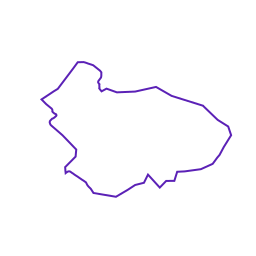 the district of Jargalant, Töv, Mongolia, rotated 139°
{"feature_id": "93677404B67634145299638", "entity_name": "Jargalant", "entity_type": "district", "adm_level": 2, "iso_a3": "MNG", "parent_name": "Mongolia", "parent_adm1": "Töv", "projection": "robinson", "projection_center": [105.903, 48.555], "detail": "fine", "context": "isolated", "style": "outline", "palette": "violet", "viewbox_px": 256, "rotation_deg": 139, "n_neighbors": 0, "source": "geoboundaries", "source_scale": "gbopen_adm2", "svg_char_len": 1788}
<svg xmlns="http://www.w3.org/2000/svg" viewBox="0 0 256 256"><g transform="rotate(139 128 128)"><path d="M174.5,206.3L174.1,199.8L172.9,192.6L173.1,191.6L173.3,191.1L173.7,190.7L174.0,190.4L174.3,190.0L174.3,189.0L174.0,187.0L173.4,186.0L173.3,185.4L173.5,184.8L173.8,184.4L174.4,184.2L174.8,184.3L175.2,184.2L175.9,184.2L176.7,184.2L177.6,184.3L178.5,184.5L179.2,184.8L180.3,184.7L181.7,184.6L182.5,184.4L183.1,183.9L183.5,183.5L183.7,183.1L183.8,182.7L184.1,182.1L184.3,181.5L184.3,180.4L182.2,165.6L181.2,145.7L186.3,140.8L201.1,139.7L203.2,136.9L204.6,134.9L204.3,134.9L204.0,134.8L203.5,134.8L202.8,134.7L202.1,134.6L201.4,134.3L201.0,134.0L200.8,133.8L200.4,133.4L200.2,132.9L200.1,132.5L199.8,131.3L199.6,130.4L199.3,129.6L199.0,128.0L198.6,126.6L198.3,125.5L198.1,124.9L197.9,124.3L197.8,123.7L197.6,123.0L197.4,122.1L197.0,120.7L196.7,119.4L196.1,117.4L195.8,116.2L195.5,114.9L195.4,114.5L195.7,113.4L196.0,112.2L196.2,111.1L196.2,109.1L196.1,108.3L196.0,107.1L196.0,106.3L196.7,101.6L182.2,84.0L168.7,81.5L160.0,80.3L151.9,76.2L143.5,79.7L143.1,62.2L133.9,63.0L127.7,57.7L119.6,62.7L113.6,58.0L100.0,49.1L87.6,45.4L80.0,47.1L76.6,47.6L68.2,50.8L54.9,54.9L51.4,63.4L55.0,75.3L56.8,95.3L56.7,95.4L56.7,95.5L74.0,123.6L79.9,140.6L98.7,150.8L113.0,162.2L118.4,171.8L123.9,173.0L123.8,175.9L123.6,177.0L123.2,177.2L122.7,177.5L122.4,178.1L122.1,178.5L121.6,179.1L121.3,179.5L121.1,179.7L120.8,179.8L120.8,180.7L120.7,181.8L120.4,182.3L119.7,182.8L118.5,183.1L115.3,183.8L114.7,184.2L113.8,185.0L111.6,187.5L111.5,189.6L113.1,198.2L113.4,198.7L113.7,199.2L113.9,199.7L114.2,200.1L114.5,200.6L115.1,201.6L116.0,203.1L116.4,203.9L117.4,205.6L118.3,206.9L122.8,210.6L130.3,208.9L155.3,203.6L160.0,204.4L164.8,205.0L174.5,206.3Z" fill="none" stroke="#5b21b6" stroke-width="2"/></g></svg>